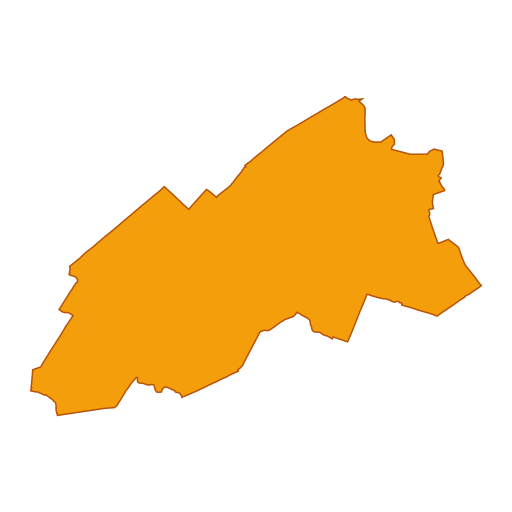 outline of Bucsani, Giurgiu, Romania
{"feature_id": "2599482B97241972850799", "entity_name": "Bucsani", "entity_type": "district", "adm_level": 2, "iso_a3": "ROU", "parent_name": "Romania", "parent_adm1": "Giurgiu", "projection": "robinson", "projection_center": [25.651, 44.361], "detail": "fine", "context": "isolated", "style": "filled", "palette": "amber", "viewbox_px": 512, "rotation_deg": 0, "n_neighbors": 0, "source": "geoboundaries", "source_scale": "gbopen_adm2", "svg_char_len": 5975}
<svg xmlns="http://www.w3.org/2000/svg" viewBox="0 0 512 512"><path d="M181.9,397.3L188.7,394.5L192.8,392.6L195.4,391.6L200.7,389.1L201.9,388.4L204.6,387.3L209.5,384.8L214.3,382.6L215.5,382.2L220.2,379.7L227.3,376.5L228.6,375.6L231.3,374.3L234.3,373.0L235.6,372.4L238.3,371.2L238.1,370.9L237.9,369.5L239.6,368.6L240.1,368.2L241.4,366.6L242.1,366.0L242.3,365.6L242.7,365.4L244.2,362.1L260.0,331.9L263.5,330.5L264.1,330.3L267.6,330.6L268.5,330.5L269.3,330.2L274.1,327.0L280.4,322.3L284.2,320.1L284.3,319.9L285.9,319.2L288.6,318.2L291.9,317.1L293.2,316.5L293.8,316.0L295.9,313.8L296.3,313.3L296.4,312.9L296.6,312.4L297.5,312.6L298.9,313.3L300.5,314.2L301.6,315.1L302.7,315.7L307.1,317.9L307.8,318.4L309.2,319.6L309.6,320.1L309.9,320.8L310.2,321.9L310.2,322.9L310.4,324.0L310.8,325.3L311.5,326.8L311.8,328.9L312.1,329.7L312.3,330.2L313.1,331.1L313.9,331.7L314.7,331.9L315.6,332.1L317.2,332.2L318.1,332.0L318.6,332.0L319.9,332.4L320.6,332.8L321.4,333.6L322.5,334.3L324.1,335.1L325.9,335.7L326.8,335.8L327.7,336.2L328.7,336.7L332.3,338.9L333.1,337.0L342.8,340.2L347.5,341.9L349.5,337.6L352.8,329.6L356.9,319.1L357.2,318.7L358.0,316.4L360.0,311.3L360.0,311.1L360.5,310.2L361.9,306.9L362.7,304.7L362.9,304.6L367.1,294.2L372.3,295.9L378.1,297.6L382.4,298.6L383.4,298.7L385.2,298.8L389.2,299.9L390.1,300.3L391.9,301.4L393.1,301.9L394.4,302.1L395.1,302.0L396.7,301.5L399.0,301.5L400.0,302.9L400.9,302.7L401.3,302.7L401.6,303.1L401.9,303.8L401.9,304.2L401.7,305.0L405.2,306.1L410.1,307.4L413.3,308.4L417.5,309.9L424.4,311.9L428.5,313.0L432.4,314.2L434.1,315.0L436.9,316.0L437.3,316.1L439.1,314.6L440.9,313.3L444.7,310.8L454.6,304.0L458.4,301.2L461.6,299.1L463.7,297.7L463.8,297.8L464.3,297.4L465.1,296.7L465.6,295.9L466.1,295.5L468.0,294.7L469.0,294.4L470.5,293.1L479.4,287.2L480.9,285.9L481.3,285.5L479.5,283.5L478.2,281.8L476.0,278.7L473.5,275.4L468.0,268.6L466.1,266.2L465.4,265.2L464.3,263.1L462.9,259.7L461.8,256.6L459.5,250.2L459.2,249.2L458.3,247.3L455.5,244.8L453.3,243.3L449.4,240.3L448.4,239.4L438.0,243.5L432.3,227.4L428.9,216.8L428.9,216.5L428.9,216.2L429.7,214.7L429.8,214.4L429.8,213.9L429.7,213.1L428.8,210.3L428.8,209.8L429.3,209.5L433.1,208.7L433.4,208.5L433.3,208.0L432.5,203.5L432.4,202.0L432.9,198.0L433.2,196.1L433.2,194.6L442.9,191.2L444.4,190.6L444.7,190.4L444.7,190.1L444.1,188.7L442.8,187.5L441.8,186.1L441.0,184.8L439.8,182.3L439.1,181.9L439.5,181.6L439.3,181.1L439.3,180.3L439.4,180.1L440.9,178.4L441.1,177.7L440.8,177.5L440.1,177.5L439.7,177.2L439.0,177.0L438.6,176.6L438.3,175.9L438.3,175.2L439.1,174.7L439.6,174.2L441.3,169.8L441.7,168.4L442.1,167.6L442.5,167.3L443.4,164.4L443.4,162.2L442.7,155.5L442.1,151.1L434.2,149.1L429.8,151.2L427.7,153.6L427.2,154.3L424.4,154.2L410.1,154.2L391.7,149.4L391.7,147.7L392.7,145.8L394.4,144.2L394.5,143.6L394.3,139.4L391.2,134.9L380.7,142.1L375.5,142.1L372.7,141.8L369.7,140.7L367.9,139.0L366.7,137.6L365.4,132.8L365.1,129.6L364.8,119.1L365.2,109.9L364.8,107.3L363.2,105.1L358.9,101.1L360.3,100.2L361.1,99.8L362.2,98.9L360.1,99.2L359.5,99.2L357.4,99.3L356.1,99.0L355.1,98.9L352.5,99.6L351.1,100.2L350.0,99.3L347.0,98.3L346.4,97.5L345.5,96.8L345.2,96.6L344.9,96.7L344.5,96.9L344.0,97.5L343.1,98.2L342.1,98.8L341.1,99.2L340.1,100.0L338.7,100.7L337.0,101.8L329.0,106.5L323.4,109.6L316.3,114.0L312.3,116.2L298.3,124.6L293.1,127.5L287.3,130.9L286.7,131.3L271.9,143.4L264.6,149.4L261.6,152.1L259.0,154.0L253.2,158.8L251.0,160.9L248.9,162.5L248.2,162.7L247.4,163.5L244.9,165.4L245.5,166.2L245.8,166.7L245.3,167.0L244.3,167.4L244.0,167.7L243.2,169.0L242.2,170.3L241.9,171.2L241.6,171.6L237.9,176.0L235.3,179.3L233.5,181.7L232.8,182.9L231.9,183.5L231.6,184.2L230.4,185.6L228.6,187.2L224.3,190.6L221.1,193.0L217.8,195.7L216.5,197.4L212.6,193.9L207.8,190.2L206.4,189.5L188.7,209.2L184.4,205.5L176.8,198.2L164.3,186.6L160.0,190.6L157.0,193.1L153.4,196.0L149.4,199.4L141.6,205.8L131.5,214.4L130.8,215.1L127.8,217.5L117.5,226.3L112.9,230.2L106.5,235.3L102.3,238.8L100.8,240.2L91.5,248.1L86.1,252.2L84.8,253.3L83.0,255.1L81.3,256.6L80.4,257.7L69.6,266.4L70.1,269.4L69.5,271.9L69.5,272.2L69.6,272.4L69.9,272.6L69.7,273.1L69.3,273.7L69.1,274.1L69.0,274.4L69.1,274.7L75.5,276.9L77.3,278.9L77.4,279.1L77.3,280.1L77.6,281.2L77.6,281.8L77.5,282.0L77.1,282.3L76.1,282.9L74.1,285.8L72.9,287.8L72.2,289.1L70.7,291.1L69.7,292.7L68.9,293.8L68.2,295.1L59.1,309.5L60.8,310.7L62.9,312.1L65.0,312.6L68.3,312.6L73.0,315.4L72.4,316.5L68.1,323.0L65.8,326.3L63.9,329.6L60.8,334.8L48.5,354.0L42.2,364.2L40.8,366.9L32.7,369.8L32.4,374.2L31.6,383.4L31.1,387.3L31.5,387.4L31.7,387.7L31.5,388.4L31.0,389.3L30.7,390.6L31.3,391.1L32.3,391.0L32.8,391.3L33.4,391.5L38.2,392.2L40.1,393.1L41.1,393.4L42.7,394.4L43.9,394.9L44.3,395.0L45.2,394.7L46.0,395.2L46.7,395.3L48.6,396.9L49.2,397.2L49.8,397.8L52.0,399.2L53.3,400.6L53.4,400.8L53.5,401.0L54.9,401.8L55.1,402.0L55.6,403.3L55.9,404.4L56.1,405.8L56.0,407.1L56.1,410.3L56.4,411.7L56.7,412.4L56.7,413.1L57.2,414.4L57.4,414.6L57.4,415.0L57.5,415.4L102.8,408.6L108.8,408.0L114.7,407.6L115.0,407.1L116.1,406.3L117.6,404.8L118.3,403.1L118.9,402.4L119.2,401.8L120.8,399.4L121.3,398.4L122.4,396.9L123.8,394.3L124.9,392.7L125.1,392.4L125.2,391.7L125.6,391.1L127.7,388.6L128.5,387.3L131.2,383.5L132.4,381.8L134.5,379.7L135.1,379.0L136.4,377.3L137.0,377.4L137.3,377.5L137.6,377.9L137.6,378.4L137.3,379.7L137.4,380.7L137.5,381.5L137.7,382.1L138.0,382.4L138.7,382.8L139.6,383.1L142.0,383.2L143.1,383.4L145.8,384.4L148.3,385.0L150.3,384.9L151.1,384.6L151.8,384.5L153.0,384.6L153.4,384.8L153.7,385.0L154.1,385.6L154.2,386.1L154.5,386.9L155.0,389.2L155.3,390.0L156.1,391.3L156.5,391.8L156.9,392.1L157.3,392.2L158.2,392.3L159.0,392.2L160.6,392.2L161.2,392.0L161.7,391.4L162.1,389.7L162.4,389.2L163.2,388.2L163.6,387.9L165.1,386.9L165.4,386.9L168.0,387.6L168.9,388.1L170.1,388.5L171.5,389.5L174.1,390.1L174.5,390.3L174.7,390.7L174.9,391.0L175.0,391.6L175.4,392.0L177.6,392.6L178.5,392.7L179.8,393.3L180.3,393.9L180.7,394.9L181.5,395.5L181.6,396.0L181.9,396.4L181.9,397.3Z" fill="#f59e0b" stroke="#b45309" stroke-width="1.5"/></svg>